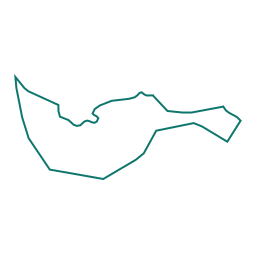 SVG path tracing the border of Arta
{"feature_id": "DJI-1568", "entity_name": "Arta", "entity_type": "Region", "adm_level": 1, "iso_a3": "DJI", "parent_name": "Djibouti", "parent_adm1": "", "projection": "mercator", "projection_center": [42.782, 11.46], "detail": "fine", "context": "isolated", "style": "outline", "palette": "teal", "viewbox_px": 256, "rotation_deg": 0, "n_neighbors": 0, "source": "natural_earth", "source_scale": "10m", "svg_char_len": 725}
<svg xmlns="http://www.w3.org/2000/svg" viewBox="0 0 256 256"><path d="M240.6,120.7L227.3,141.7L201.9,126.4L193.7,123.1L156.2,130.7L143.8,153.3L135.8,159.8L103.2,179.0L49.8,169.6L28.7,138.3L22.2,117.5L16.4,88.0L15.4,77.0L24.5,88.2L28.4,91.3L58.4,105.0L58.5,111.3L60.0,116.7L68.4,120.0L73.6,124.7L76.7,125.9L80.3,125.3L84.4,121.5L87.3,120.6L89.5,121.2L91.9,122.3L94.4,122.8L96.8,121.5L98.3,118.2L96.5,116.2L93.9,114.9L92.6,113.4L94.8,109.0L100.0,105.4L111.7,100.8L129.1,98.8L134.7,97.3L137.4,95.3L139.4,93.1L141.6,92.3L144.4,94.5L146.6,95.5L153.1,95.4L153.4,96.0L167.5,111.0L182.2,112.5L191.7,112.5L222.3,106.8L223.2,106.5L226.0,110.5L228.9,112.7L236.9,117.0L240.6,120.7Z" fill="none" stroke="#0f766e" stroke-width="2"/></svg>